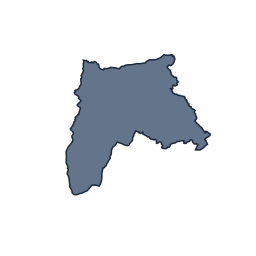 outline of Negrilesti, Vrancea, Romania, rotated 304°
{"feature_id": "2599482B89880546204956", "entity_name": "Negrilesti", "entity_type": "district", "adm_level": 2, "iso_a3": "ROU", "parent_name": "Romania", "parent_adm1": "Vrancea", "projection": "albers", "projection_center": [26.707, 45.947], "detail": "fine", "context": "isolated", "style": "filled", "palette": "slate", "viewbox_px": 256, "rotation_deg": 304, "n_neighbors": 0, "source": "geoboundaries", "source_scale": "gbopen_adm2", "svg_char_len": 5920}
<svg xmlns="http://www.w3.org/2000/svg" viewBox="0 0 256 256"><g transform="rotate(304 128 128)"><path d="M158.9,203.0L161.0,199.8L161.1,199.2L161.1,198.3L161.3,198.1L162.1,198.2L162.5,198.0L166.4,199.8L168.4,200.0L169.0,199.8L168.9,199.3L169.0,198.5L169.0,197.5L169.2,196.1L168.9,195.3L168.9,194.6L168.6,194.1L168.2,194.0L167.7,195.0L167.4,194.9L167.2,194.3L168.9,190.3L169.5,188.6L169.1,188.6L170.3,184.0L170.1,183.6L171.3,179.4L173.2,179.7L174.9,179.3L175.6,178.5L176.1,177.3L177.4,176.1L177.8,174.5L178.8,173.9L180.1,173.8L180.3,171.9L179.8,171.3L179.7,171.0L180.0,170.4L180.0,169.3L180.7,168.8L180.8,168.3L180.4,166.5L180.6,166.2L180.9,166.0L181.1,165.6L181.0,165.2L181.9,165.2L182.1,165.0L182.0,164.0L182.6,162.9L182.6,162.4L182.8,161.9L183.9,161.4L183.9,161.0L183.6,160.7L184.0,160.3L184.2,159.8L184.1,158.9L185.1,158.1L184.9,157.7L185.0,157.5L185.5,157.5L185.6,157.2L185.5,156.8L185.1,156.1L184.8,155.2L184.4,154.5L184.3,153.7L183.6,152.1L183.7,151.8L182.9,151.1L183.3,149.9L183.3,149.5L182.4,148.6L182.4,148.3L182.1,147.9L182.3,147.5L182.4,146.7L182.1,146.3L182.1,145.6L183.1,144.6L183.0,144.2L183.0,143.9L183.8,143.4L183.6,143.0L184.0,142.7L184.5,141.4L185.1,142.1L184.9,142.7L185.1,142.7L185.1,142.8L185.4,142.9L185.6,143.2L185.9,143.1L186.4,142.4L188.8,141.3L189.2,143.7L189.7,143.9L191.4,144.7L191.7,144.2L191.9,143.5L192.5,143.4L194.4,143.9L194.5,143.6L194.5,143.0L194.7,142.6L194.7,142.0L194.8,141.7L195.5,141.1L196.6,140.5L196.9,139.8L196.8,139.0L195.8,137.9L196.3,136.6L196.3,136.3L196.1,135.8L196.0,135.4L196.7,134.1L197.1,133.7L197.2,133.3L197.8,132.9L197.9,132.5L198.3,132.3L198.5,131.7L199.5,130.6L199.6,128.9L199.7,128.1L200.1,127.1L200.5,126.3L200.8,126.1L201.5,126.6L202.9,126.6L203.2,127.2L203.4,128.5L204.3,128.6L204.4,128.9L204.5,129.0L206.7,129.5L208.3,129.3L211.6,128.2L212.0,127.7L212.2,127.0L212.7,126.8L213.1,126.3L213.2,125.9L213.2,125.7L213.3,125.2L213.1,124.7L212.5,124.8L212.8,124.3L213.1,124.1L212.7,123.9L212.6,123.7L213.0,123.1L212.8,122.8L212.2,122.5L212.2,122.1L210.4,120.2L209.9,119.1L209.1,118.1L209.0,117.3L209.0,117.1L208.9,116.8L208.2,116.6L207.0,116.5L205.9,115.9L205.0,115.9L204.0,115.5L203.5,115.0L200.7,113.2L199.4,112.1L199.0,111.1L198.6,110.8L198.4,110.2L197.4,109.3L197.0,108.1L196.3,107.5L194.5,106.7L193.2,106.0L191.7,105.9L191.2,105.5L191.0,105.1L190.0,104.2L187.5,101.3L186.7,99.8L182.6,95.7L181.8,94.6L180.5,92.8L178.6,90.7L178.1,90.6L176.7,89.8L176.3,89.0L175.2,88.2L174.3,87.9L172.6,87.8L172.3,87.5L170.8,84.0L168.7,79.9L168.4,80.0L168.0,79.5L165.3,77.3L165.1,76.7L164.6,75.7L163.9,74.8L163.0,75.3L162.5,75.2L161.8,73.1L161.6,71.4L163.0,69.2L164.2,68.2L164.3,67.6L163.9,66.8L163.9,66.5L164.6,65.2L164.6,64.3L164.3,62.8L162.3,62.7L162.2,62.4L162.6,61.4L162.6,61.0L161.6,60.8L161.4,60.5L161.3,60.1L160.8,59.8L160.7,59.4L160.1,58.6L160.2,58.2L160.9,57.8L160.3,57.1L160.8,56.4L160.9,55.8L159.7,54.6L159.6,54.3L159.5,53.5L159.2,53.0L158.4,54.2L156.6,54.8L153.7,56.8L151.6,57.6L150.8,59.0L148.3,59.5L145.4,59.8L143.8,61.5L142.2,61.4L138.2,64.6L135.5,64.7L134.5,64.9L134.0,65.1L133.0,65.2L132.1,64.6L131.0,64.3L130.2,63.4L129.5,63.1L129.2,63.1L129.0,63.3L128.8,63.9L128.7,64.0L127.6,63.6L126.8,64.4L126.4,65.1L126.4,66.1L126.7,67.3L126.6,68.6L126.5,69.3L126.0,70.0L124.9,70.4L124.6,72.7L124.2,73.8L121.9,73.6L121.1,73.2L118.6,73.0L118.2,74.0L118.2,74.5L118.2,75.8L118.4,76.8L117.0,77.7L113.5,78.7L112.0,79.4L111.7,78.9L110.3,78.8L109.0,78.8L108.2,78.6L107.6,78.3L107.4,78.3L106.4,79.2L105.4,79.2L104.3,80.2L103.2,79.9L102.4,79.8L102.1,80.3L100.6,80.6L99.8,80.5L98.6,80.9L95.2,80.6L94.5,81.4L94.4,82.6L94.0,84.3L93.7,84.6L93.5,85.2L92.9,86.0L90.8,85.9L89.9,86.0L88.9,86.9L87.5,88.9L85.1,89.6L78.9,89.1L74.0,89.8L69.4,93.2L67.3,94.4L66.7,95.0L65.5,95.5L64.5,96.3L63.9,97.0L62.9,99.2L62.5,99.3L62.2,99.9L61.9,100.0L60.4,100.6L60.4,101.4L60.2,101.8L59.1,102.2L58.0,102.3L56.1,103.1L55.0,105.1L54.9,105.5L54.0,106.2L53.5,107.1L51.9,108.3L48.2,111.7L46.8,112.4L45.1,115.7L44.9,116.3L43.1,117.9L42.9,118.5L42.7,120.4L43.3,121.8L44.2,122.9L46.3,124.4L48.5,126.4L51.6,128.1L53.0,129.2L57.0,129.8L60.3,130.0L61.3,131.3L62.6,133.3L63.5,136.1L63.9,136.7L67.3,136.2L70.1,135.2L71.8,134.3L75.1,132.1L78.9,130.4L80.1,130.0L80.1,129.7L80.6,129.5L81.0,129.5L81.3,130.1L82.3,130.6L83.0,130.3L83.8,130.5L84.3,130.9L85.0,130.9L86.3,130.4L87.0,130.3L87.8,130.6L88.8,130.3L90.6,130.1L91.4,130.2L92.9,130.2L93.3,129.9L94.0,129.0L95.3,128.8L96.2,129.0L99.4,127.4L100.3,126.7L101.4,126.5L103.2,126.0L105.6,126.8L107.8,127.0L108.8,126.9L110.5,127.1L110.8,129.0L111.7,132.0L111.8,133.7L112.2,135.2L112.7,136.8L114.0,138.2L116.5,138.1L118.3,138.3L118.9,138.5L120.5,138.6L121.9,137.6L123.0,137.2L125.0,137.1L126.3,136.1L126.8,136.5L128.8,136.3L129.9,135.9L130.3,137.7L130.3,138.2L130.6,138.5L130.9,139.4L130.7,139.6L130.2,139.8L130.4,140.3L130.4,141.2L131.1,141.9L132.7,142.5L132.2,143.1L132.2,143.3L131.3,143.8L131.7,147.4L131.7,149.5L132.2,150.4L131.8,151.7L131.6,152.9L131.6,153.2L132.2,154.4L132.4,155.4L132.8,155.9L132.9,156.5L133.6,156.7L133.8,157.1L133.9,157.6L133.7,158.1L132.5,159.4L131.3,160.1L131.3,160.4L131.6,160.8L132.9,161.5L134.2,161.8L134.5,162.1L134.6,162.6L134.5,164.1L134.1,164.5L133.6,164.5L133.3,164.8L132.9,166.6L132.7,166.8L132.3,166.9L131.0,166.6L130.6,167.1L130.4,167.7L130.5,168.1L132.0,170.8L132.7,171.4L133.2,171.6L134.4,171.4L134.8,172.0L135.0,172.7L135.5,173.0L136.6,172.9L137.6,172.3L138.5,172.5L140.5,173.9L141.8,175.3L144.5,176.5L145.3,177.7L146.4,178.8L146.9,179.0L147.1,179.3L148.7,181.5L147.7,182.0L147.1,182.5L146.6,182.9L146.8,183.4L147.3,183.8L147.4,184.4L147.6,184.7L148.0,184.8L148.3,184.6L149.1,184.7L149.4,185.0L150.3,185.5L150.8,186.2L151.4,186.4L152.1,186.5L152.6,186.3L152.9,186.3L153.7,186.9L153.8,187.6L153.4,188.5L153.0,188.8L152.8,189.2L152.3,189.8L151.9,192.3L152.9,193.6L153.4,193.7L153.5,195.3L150.3,195.7L147.6,196.2L150.2,200.2L152.4,200.9L153.6,201.5L156.4,202.1L158.9,203.0Z" fill="#64748b" stroke="#1e293b" stroke-width="1.5"/></g></svg>